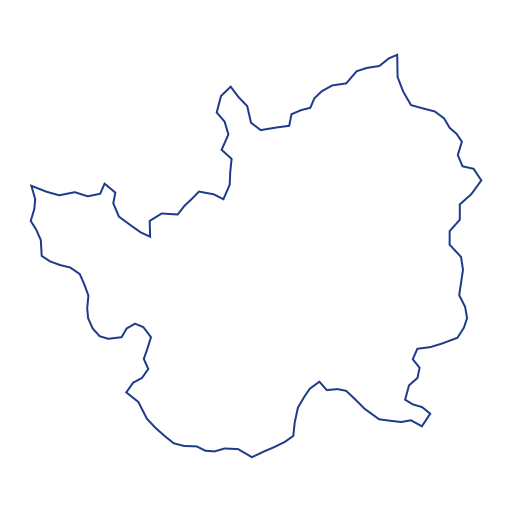 Lamim, Minas Gerais, Brazil
{"feature_id": "56859067B83633807690549", "entity_name": "Lamim", "entity_type": "district", "adm_level": 2, "iso_a3": "BRA", "parent_name": "Brazil", "parent_adm1": "Minas Gerais", "projection": "robinson", "projection_center": [-43.481, -20.776], "detail": "fine", "context": "isolated", "style": "outline", "palette": "blue", "viewbox_px": 512, "rotation_deg": 0, "n_neighbors": 0, "source": "geoboundaries", "source_scale": "gbopen_adm2", "svg_char_len": 1832}
<svg xmlns="http://www.w3.org/2000/svg" viewBox="0 0 512 512"><path d="M216.7,112.5L224.6,121.6L228.4,134.5L221.6,149.8L231.6,158.9L230.2,172.5L229.7,184.7L223.4,199.2L213.7,194.3L199.0,191.6L191.5,199.2L184.3,206.0L177.7,214.5L161.7,213.5L149.7,220.9L150.1,236.7L140.9,232.5L130.4,225.1L118.9,216.6L113.3,203.4L115.3,192.6L104.6,183.7L100.1,193.8L87.7,196.3L74.8,192.2L59.2,195.3L46.1,191.6L31.4,185.8L35.2,199.2L34.3,209.1L30.7,220.9L36.1,229.4L40.8,240.0L41.7,255.9L49.9,261.3L59.9,265.0L70.2,267.5L79.8,274.1L84.3,284.4L88.4,295.6L87.2,308.4L88.1,318.2L92.7,328.5L99.6,336.2L108.3,338.8L121.6,337.2L126.6,328.5L135.0,323.7L143.3,327.1L151.0,337.2L147.0,349.8L143.8,358.9L148.3,369.0L142.0,377.9L133.1,382.7L126.3,392.4L138.3,401.9L147.0,418.9L155.6,428.0L165.0,436.3L173.7,443.3L184.3,446.0L196.7,446.4L205.5,450.8L214.6,451.4L224.6,448.5L238.1,449.1L251.9,457.2L264.6,451.2L273.6,447.4L284.8,441.9L293.3,435.9L294.7,422.6L297.9,407.7L304.4,396.6L309.8,388.7L319.4,381.7L326.8,390.1L337.4,389.1L346.1,390.8L354.4,398.6L364.6,408.8L379.1,419.3L392.2,421.0L401.3,422.0L411.0,420.3L421.9,426.3L430.2,413.7L422.1,407.1L412.8,404.4L405.1,399.7L409.0,385.4L417.5,377.9L419.6,367.8L412.8,359.3L417.3,348.8L430.4,347.1L441.8,343.6L457.4,337.8L463.9,327.7L467.1,318.2L465.1,306.8L459.2,295.2L461.0,283.0L463.0,269.8L461.0,256.9L449.6,244.7L449.7,231.1L459.8,219.7L459.8,204.4L471.2,194.3L481.3,180.4L473.6,168.8L462.5,166.3L457.8,155.0L461.9,141.7L456.6,133.9L449.7,127.9L444.0,118.3L434.9,111.5L422.9,108.4L411.0,105.1L403.1,91.4L397.6,77.0L397.2,54.8L389.0,58.3L379.3,66.0L366.9,67.9L356.7,71.2L346.2,83.4L332.3,85.4L321.8,91.2L314.4,98.3L310.3,107.8L301.2,110.1L291.5,114.2L289.2,125.8L277.1,127.4L260.7,130.1L251.0,122.7L247.2,106.1L238.6,97.2L230.7,86.7L221.0,96.0L216.7,112.5Z" fill="none" stroke="#1e3a8a" stroke-width="2"/></svg>